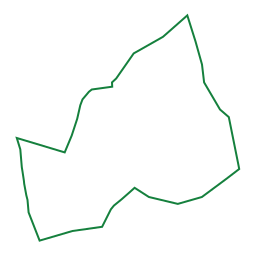 Airag, Dornogovi, Mongolia (orthographic projection)
{"feature_id": "93677404B77823966409702", "entity_name": "Airag", "entity_type": "district", "adm_level": 2, "iso_a3": "MNG", "parent_name": "Mongolia", "parent_adm1": "Dornogovi", "projection": "orthographic", "projection_center": [109.177, 45.635], "detail": "fine", "context": "isolated", "style": "outline", "palette": "green", "viewbox_px": 256, "rotation_deg": 0, "n_neighbors": 0, "source": "geoboundaries", "source_scale": "gbopen_adm2", "svg_char_len": 623}
<svg xmlns="http://www.w3.org/2000/svg" viewBox="0 0 256 256"><path d="M228.8,117.1L220.0,109.5L204.1,82.4L202.0,64.5L195.5,41.4L187.3,15.4L163.0,36.8L133.7,53.4L116.2,78.5L112.0,82.4L112.2,86.7L91.8,89.5L88.9,91.8L82.5,99.4L80.3,105.2L77.2,118.8L71.7,135.6L64.7,152.4L16.8,138.0L20.3,149.4L21.8,167.2L22.5,171.5L23.0,174.8L23.3,176.8L23.9,180.8L24.2,183.8L26.3,195.2L27.5,199.9L28.6,212.4L39.6,240.6L72.4,231.0L102.1,226.8L110.9,209.3L113.9,205.6L121.6,199.3L129.7,192.2L134.6,187.8L148.9,197.0L177.8,203.9L201.9,197.0L226.4,178.8L239.2,169.0L238.2,163.8L228.8,117.1Z" fill="none" stroke="#15803d" stroke-width="2"/></svg>